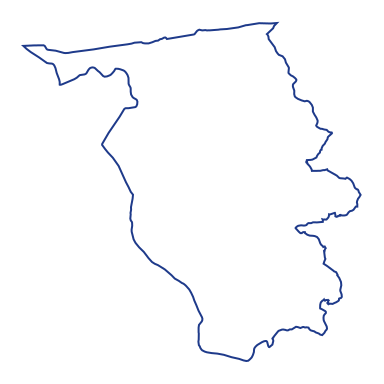 Aceh Tenggara, Aceh, Indonesia
{"feature_id": "22746128B65780821536148", "entity_name": "Aceh Tenggara", "entity_type": "district", "adm_level": 2, "iso_a3": "IDN", "parent_name": "Indonesia", "parent_adm1": "Aceh", "projection": "mercator", "projection_center": [97.723, 3.338], "detail": "fine", "context": "isolated", "style": "outline", "palette": "blue", "viewbox_px": 384, "rotation_deg": 0, "n_neighbors": 0, "source": "geoboundaries", "source_scale": "gbopen_adm2", "svg_char_len": 5930}
<svg xmlns="http://www.w3.org/2000/svg" viewBox="0 0 384 384"><path d="M273.0,338.1L272.8,338.0L274.7,335.5L278.1,331.3L278.7,330.8L282.0,329.6L283.2,329.5L285.4,329.9L286.5,330.3L287.9,330.4L289.8,329.4L291.8,329.4L296.0,326.8L297.8,327.1L300.4,328.0L302.9,327.0L303.5,327.0L305.1,327.5L306.5,327.3L308.5,327.6L309.4,329.2L310.4,330.1L311.1,330.5L314.4,331.4L315.7,332.4L318.8,333.5L320.2,334.6L322.2,335.1L324.4,332.8L325.5,330.8L326.7,329.5L327.0,328.5L326.7,326.5L324.1,321.3L323.7,320.2L323.6,319.2L323.5,317.7L323.8,315.6L324.6,314.4L325.8,313.1L325.9,312.1L325.7,311.6L325.2,311.1L321.7,309.1L320.2,308.5L320.1,308.0L320.2,304.9L320.6,303.1L320.9,302.3L322.5,300.6L323.5,300.1L324.0,299.5L324.3,300.2L325.0,300.7L325.7,300.1L326.3,300.0L327.4,300.2L328.0,299.9L328.6,300.4L328.2,300.8L328.1,302.2L327.4,302.8L327.4,303.2L328.1,303.9L328.3,303.4L328.7,303.3L329.3,303.9L330.4,303.7L332.6,303.9L334.4,303.0L336.1,302.3L338.4,300.9L338.9,300.2L339.0,298.8L339.3,298.4L340.8,298.1L341.6,297.3L341.8,296.7L341.6,294.4L340.3,290.9L340.3,289.7L341.3,285.3L341.0,282.0L339.2,277.9L337.3,275.3L337.6,274.9L336.2,272.2L334.0,271.3L333.4,270.7L327.1,266.0L323.6,263.7L324.4,261.2L325.4,258.9L324.9,257.7L324.1,251.3L324.5,251.4L324.9,249.3L325.7,248.2L324.7,246.5L323.3,247.0L323.1,246.5L322.0,245.5L322.4,245.0L322.0,245.4L321.1,244.7L320.3,243.4L318.8,239.2L318.1,238.3L317.0,237.0L314.8,236.1L313.0,235.8L309.7,235.6L307.2,234.7L306.5,234.1L305.1,233.2L304.9,232.1L303.3,232.1L302.5,232.5L301.8,233.1L300.4,233.1L298.9,231.8L295.7,228.3L295.8,228.1L295.7,227.7L296.9,226.6L298.2,225.8L301.1,225.3L304.0,225.6L305.4,225.4L306.5,225.0L307.3,223.9L308.4,223.1L311.2,223.1L313.1,222.3L317.0,222.4L322.8,221.9L322.9,220.6L322.5,219.3L323.9,219.7L324.7,219.4L325.8,219.6L326.5,219.5L328.3,217.5L328.8,216.4L329.1,214.3L329.6,214.5L330.2,214.4L334.6,212.9L334.9,212.9L335.0,213.7L335.3,214.3L335.3,215.0L335.5,215.6L335.4,216.3L336.4,216.8L337.7,216.5L338.0,216.0L339.0,215.7L339.7,215.8L339.9,215.0L340.7,214.9L341.1,215.4L344.0,215.5L345.9,215.2L347.0,214.6L348.6,212.3L349.9,211.2L352.0,210.7L353.5,209.8L355.8,206.6L357.3,206.6L357.3,204.1L356.9,202.5L357.1,201.1L358.1,198.6L359.2,197.3L360.6,194.9L358.7,191.8L358.4,190.5L357.9,189.7L357.4,189.3L356.7,189.3L355.2,188.1L354.7,187.4L353.2,183.3L351.5,180.7L349.6,179.0L347.0,177.6L346.6,177.7L345.5,178.8L343.8,178.5L340.1,178.2L339.2,177.9L336.8,175.6L327.6,170.4L327.2,169.3L324.7,170.1L323.3,170.1L320.3,170.8L311.9,170.9L311.6,169.4L310.2,166.9L309.2,165.6L307.9,164.3L307.5,163.4L307.2,163.4L306.9,162.3L306.4,162.4L306.2,162.0L306.4,161.7L307.0,161.5L306.7,160.4L306.8,160.1L310.5,159.9L312.4,159.6L316.4,157.5L317.1,155.8L318.2,154.1L319.9,152.6L320.1,151.1L320.7,150.0L321.6,149.7L321.6,148.3L322.7,145.9L324.8,143.7L325.6,141.9L327.4,139.3L327.8,137.4L328.2,136.7L331.8,133.5L332.0,133.1L331.7,132.5L329.7,132.3L328.7,131.8L328.1,131.4L326.7,129.9L324.2,129.5L321.9,128.8L320.7,128.8L319.6,128.3L317.2,126.9L316.6,126.3L316.2,125.5L317.2,123.4L317.6,121.9L317.6,120.5L316.3,117.5L314.5,114.7L312.9,111.6L312.9,107.6L311.8,104.9L309.6,102.1L308.5,101.3L306.9,100.8L304.7,101.3L301.6,100.4L297.8,98.8L295.5,97.2L294.8,96.4L294.2,94.1L294.3,90.7L292.9,86.7L292.9,84.9L293.2,84.1L295.7,81.6L296.3,80.5L296.3,79.5L295.1,78.1L293.0,76.4L290.8,75.3L288.8,73.4L288.5,72.9L288.5,72.1L288.9,68.0L288.7,67.3L285.9,62.6L285.0,59.3L282.6,56.3L278.8,54.8L277.5,53.3L276.0,51.1L274.7,47.2L268.7,39.1L268.4,36.5L267.6,34.8L266.9,34.1L273.1,28.3L274.1,25.9L276.9,23.0L270.6,23.5L259.1,23.2L247.3,25.1L245.9,25.2L238.3,27.4L226.9,29.0L220.2,29.4L218.3,29.7L210.3,30.3L206.8,30.4L205.5,30.1L202.2,30.4L199.3,29.7L197.8,30.4L196.9,31.1L194.5,34.2L193.7,34.5L166.9,39.0L166.0,37.9L165.4,37.5L164.2,37.6L161.8,38.9L160.1,39.2L158.1,40.6L155.5,40.9L152.4,42.2L148.6,43.4L145.0,43.4L143.0,43.1L141.3,42.2L134.5,42.7L131.6,43.6L127.6,44.3L109.6,46.7L93.6,49.4L72.7,52.1L68.4,52.9L65.4,53.1L63.8,52.9L55.7,50.7L48.1,49.8L47.2,49.5L46.6,49.0L44.8,46.0L43.6,45.3L34.2,45.4L23.4,45.9L26.7,49.0L30.8,52.1L39.2,57.5L46.9,63.0L49.1,63.4L51.9,63.6L52.9,64.0L53.6,64.6L54.3,65.5L55.5,68.2L56.7,73.0L59.1,79.3L59.7,81.9L59.7,84.7L59.9,84.8L61.0,84.7L62.7,84.1L74.3,79.2L76.8,77.7L79.4,75.4L79.9,75.1L84.6,74.4L85.7,73.9L86.4,73.3L88.4,69.9L89.3,68.8L90.2,68.0L91.4,67.6L92.5,67.4L93.8,67.6L94.8,68.0L98.0,71.0L99.6,72.2L103.1,76.0L104.6,76.7L107.0,76.4L109.8,75.3L110.8,74.7L112.4,73.1L114.1,71.1L115.3,69.0L115.8,68.7L118.2,68.8L120.3,69.3L123.4,70.4L124.3,70.9L125.4,71.9L126.6,73.5L127.6,75.2L128.5,77.9L128.6,83.7L128.9,84.7L130.5,87.5L130.7,88.6L130.7,91.7L131.1,94.5L132.6,97.1L133.5,97.9L136.0,99.3L136.8,100.0L137.4,101.6L137.2,104.3L136.3,106.4L135.3,107.1L128.5,108.2L125.7,108.2L124.8,108.6L124.2,109.1L119.7,116.6L108.6,132.9L102.2,143.9L102.1,144.9L105.0,148.9L107.9,152.5L112.8,157.7L118.6,165.9L126.0,182.3L128.5,187.0L130.8,191.9L133.0,194.7L132.6,198.7L131.0,207.1L131.1,209.8L130.5,213.0L130.7,214.3L130.3,218.6L130.8,220.5L131.8,221.8L132.1,222.8L132.2,225.8L131.6,229.7L131.7,231.8L133.6,239.3L134.8,241.6L135.6,243.0L139.2,247.4L143.8,251.9L148.5,258.1L152.0,262.0L154.8,263.8L157.9,265.1L164.8,269.4L171.4,275.1L174.8,278.6L178.9,280.9L181.9,283.0L183.3,283.6L184.3,284.3L185.8,285.6L189.2,289.4L191.1,292.7L193.1,296.9L194.3,300.5L196.4,305.3L198.5,310.6L202.0,317.3L202.4,318.7L202.3,320.2L201.8,321.4L199.0,324.9L198.6,327.6L198.6,332.3L198.8,333.5L198.7,339.5L198.4,341.7L198.9,345.2L199.7,346.2L200.4,348.0L201.5,349.6L202.2,350.3L204.7,351.6L206.9,352.3L211.8,353.1L217.3,353.6L223.8,354.8L231.6,357.2L239.2,358.9L243.5,360.4L246.3,361.0L247.7,360.8L248.3,360.7L249.8,359.4L251.4,357.8L252.0,356.9L253.0,354.8L253.9,352.0L254.0,350.0L254.3,348.4L255.5,346.7L257.3,345.0L261.9,342.2L263.9,341.3L265.4,341.0L266.5,341.1L267.2,342.0L268.2,345.9L268.9,347.0L269.4,347.1L272.4,344.6L273.3,340.9L273.1,339.8L272.5,338.8L273.0,338.1Z" fill="none" stroke="#1e3a8a" stroke-width="2"/></svg>